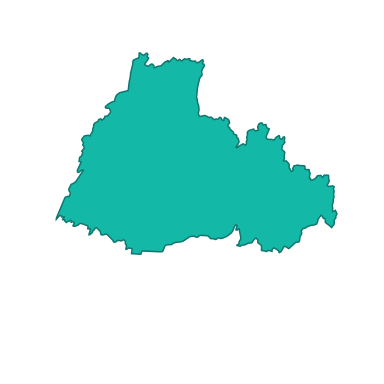 Kemerovo, Natural Earth projection, rotated 310°
{"feature_id": "RUS-2401", "entity_name": "Kemerovo", "entity_type": "Region", "adm_level": 1, "iso_a3": "RUS", "parent_name": "Russia", "parent_adm1": "", "projection": "natural_earth1", "projection_center": [87.523, 54.5], "detail": "fine", "context": "isolated", "style": "filled", "palette": "teal", "viewbox_px": 384, "rotation_deg": 310, "n_neighbors": 0, "source": "natural_earth", "source_scale": "10m", "svg_char_len": 6010}
<svg xmlns="http://www.w3.org/2000/svg" viewBox="0 0 384 384"><g transform="rotate(310 192 192)"><path d="M260.6,64.9L261.3,64.7L264.4,62.2L265.1,62.6L265.1,64.5L265.6,67.2L268.6,67.7L269.1,67.9L269.4,68.4L269.1,69.7L267.4,70.3L266.8,70.7L266.8,72.3L266.4,72.9L259.9,73.5L259.4,73.8L259.3,75.8L260.1,77.6L263.8,78.5L264.5,79.6L264.3,81.7L262.9,82.9L263.2,83.6L265.7,84.6L268.7,87.1L274.7,87.8L275.5,88.5L277.0,88.9L277.2,89.4L276.4,90.1L276.3,90.6L276.6,90.8L283.1,91.4L283.2,91.6L283.0,92.8L283.5,94.1L283.0,95.7L283.1,96.4L285.6,97.2L285.8,97.7L285.5,99.0L285.8,99.9L286.4,100.2L288.0,100.2L289.2,100.6L289.5,100.9L290.1,102.6L291.9,103.6L292.4,104.2L292.6,105.0L291.2,105.6L293.1,109.2L294.4,110.1L294.4,110.8L294.0,112.1L294.2,112.7L295.7,113.8L299.9,114.9L300.1,115.6L299.4,116.7L297.3,117.2L297.0,118.0L297.6,118.9L296.8,120.4L292.7,121.0L291.2,121.6L290.2,122.2L288.2,124.4L287.4,124.7L284.9,124.6L283.6,125.0L275.7,129.0L267.3,134.7L266.4,136.4L264.3,138.5L262.2,141.8L259.6,144.5L256.2,146.4L255.0,148.2L255.0,149.2L255.6,150.0L258.8,152.6L259.5,154.5L259.8,156.6L261.7,158.7L261.7,162.4L262.1,162.9L263.4,163.4L264.0,164.6L264.7,165.2L266.9,165.2L267.3,165.8L267.4,166.7L266.6,168.7L266.8,170.0L267.5,170.3L269.2,169.2L270.2,169.2L270.8,172.6L270.6,174.2L269.1,176.4L266.3,176.5L265.3,177.4L265.5,179.4L264.6,180.2L264.5,185.1L263.2,186.8L264.3,189.6L262.6,191.3L262.6,193.2L261.7,194.2L261.1,195.4L260.6,195.8L257.9,196.6L254.9,196.9L254.4,197.1L254.5,197.4L255.2,197.9L261.5,200.0L261.9,200.5L262.2,202.8L262.9,203.0L264.3,202.4L265.7,201.1L267.2,200.9L268.1,200.1L268.6,199.0L271.7,197.6L272.7,196.3L274.7,195.8L275.9,196.2L279.8,198.7L279.4,201.2L281.7,202.8L282.3,202.9L283.6,201.0L284.4,200.3L287.5,199.5L289.1,200.3L289.9,201.4L289.3,202.9L289.2,203.6L291.2,205.1L289.3,208.1L290.0,210.7L282.4,213.0L281.1,214.4L280.8,215.4L281.4,216.6L283.7,219.5L284.5,221.5L288.0,221.3L291.0,222.3L291.2,222.8L289.5,224.9L289.6,226.2L290.3,226.8L292.8,226.6L293.6,227.4L293.1,228.2L290.5,229.9L289.6,231.3L285.8,231.3L283.1,232.8L282.6,233.4L282.3,234.1L282.3,236.9L282.0,237.6L278.0,240.0L277.1,241.4L275.6,241.6L274.7,242.0L274.7,242.5L276.4,244.2L275.9,248.1L275.1,249.3L272.9,250.8L272.6,252.8L271.5,254.5L271.7,255.1L273.5,255.5L274.0,255.2L274.5,254.2L277.3,253.3L280.6,255.6L281.0,256.9L284.2,261.0L284.3,261.7L284.0,262.2L282.3,263.8L282.2,264.2L282.3,264.6L284.2,267.1L284.2,267.7L283.0,268.8L282.3,270.5L280.8,271.2L278.0,273.2L277.9,273.4L278.4,274.1L277.5,275.7L277.9,276.2L281.5,277.8L284.9,277.6L287.4,279.8L287.5,280.6L287.0,282.5L287.5,282.8L289.5,282.4L290.1,282.6L292.5,285.7L292.4,286.0L290.0,288.2L288.5,290.2L284.6,291.1L284.0,291.5L283.9,292.6L284.1,293.1L287.1,295.8L287.5,297.1L287.3,297.6L285.4,298.3L283.6,300.7L281.2,301.9L279.8,303.8L277.5,304.8L276.0,306.1L271.4,308.4L270.3,310.0L267.6,311.9L267.4,312.3L267.9,312.8L270.1,313.6L268.4,317.1L266.0,317.6L264.8,318.8L263.1,318.8L261.9,319.1L260.7,319.9L259.6,321.1L258.5,321.6L254.5,321.8L254.7,320.2L254.4,313.9L257.0,311.2L257.0,310.6L256.3,309.7L257.2,306.7L257.1,305.9L256.8,305.7L252.3,306.1L249.2,307.6L247.5,308.0L245.0,306.6L243.3,304.9L240.8,303.3L239.0,302.4L237.7,302.2L235.0,300.4L232.5,300.7L230.8,302.7L226.7,303.7L223.9,305.7L222.3,305.9L220.7,304.3L219.9,303.8L211.0,302.6L210.7,302.1L210.7,300.9L210.2,298.4L209.8,297.8L209.1,297.6L203.8,298.5L201.8,298.0L201.7,297.4L202.7,296.1L202.7,295.5L202.1,291.5L201.8,290.8L201.2,290.5L199.3,290.4L198.0,291.4L196.4,288.2L194.6,287.4L193.9,286.9L193.6,285.5L192.0,283.1L192.0,282.7L195.5,279.8L195.7,279.1L195.5,275.0L197.6,273.2L197.9,270.8L197.3,270.4L195.2,270.1L192.0,270.5L191.3,270.3L189.2,268.2L185.0,266.2L183.9,264.7L181.4,263.8L180.0,261.0L180.0,260.7L180.7,260.6L182.4,261.3L183.3,260.8L183.9,260.1L186.9,259.7L188.8,258.3L194.1,251.7L193.7,251.3L191.8,251.0L191.2,250.0L191.7,249.6L195.2,248.3L195.4,247.8L194.8,246.5L192.8,246.8L188.0,248.3L185.8,248.4L180.4,247.2L175.8,244.8L174.8,243.8L174.1,242.2L173.4,241.3L171.4,241.0L170.8,240.6L170.0,238.5L168.2,236.1L168.7,232.9L167.8,231.0L163.8,225.9L162.9,225.6L161.7,225.6L160.7,225.0L160.1,224.1L159.4,221.8L157.2,219.7L156.3,219.0L148.7,216.8L146.7,215.5L143.0,212.0L140.8,210.6L138.5,210.1L135.5,206.8L134.0,206.0L132.9,206.1L128.1,207.6L127.3,207.6L125.6,205.9L114.9,191.9L114.2,191.8L111.4,192.8L105.9,185.3L109.5,183.0L110.0,182.1L108.2,179.3L106.1,178.8L105.6,178.3L105.7,178.0L108.7,176.5L109.6,174.2L111.3,172.6L111.5,171.8L111.6,170.7L111.0,170.1L109.2,169.4L107.2,166.2L104.4,165.5L103.3,164.2L104.1,162.4L104.3,161.0L104.9,154.2L104.7,153.5L101.2,150.7L100.9,149.7L102.8,147.0L103.3,141.8L101.9,141.0L100.1,141.5L98.6,141.0L97.1,141.7L96.4,141.7L93.9,141.2L93.0,140.7L93.3,140.3L98.4,138.1L98.5,137.5L97.2,136.5L96.8,135.7L98.5,134.8L98.9,134.3L98.9,133.4L97.2,128.6L96.0,126.3L93.5,126.0L90.7,124.5L89.6,123.3L89.6,122.6L92.6,121.5L93.1,120.8L92.7,119.8L91.2,119.0L91.1,118.7L92.3,118.1L92.4,117.5L92.1,116.8L90.5,116.6L89.2,115.6L87.8,115.3L88.0,113.3L88.8,112.1L88.7,111.7L87.7,110.9L87.7,110.5L90.7,110.1L89.1,108.3L89.1,107.9L89.8,107.1L89.6,106.6L88.9,105.7L83.9,105.6L84.8,104.9L104.7,98.7L106.6,98.3L108.9,99.7L109.3,100.8L112.5,99.9L113.3,99.2L113.8,97.3L114.9,95.8L120.2,94.5L122.9,95.8L125.5,96.3L138.8,94.8L138.6,94.0L137.8,93.5L134.1,92.5L133.7,92.0L133.7,91.5L134.4,90.7L135.3,90.1L143.6,87.9L143.7,87.4L142.8,85.9L146.0,83.8L146.7,83.7L148.3,84.2L149.1,84.1L151.8,83.0L152.2,82.4L152.4,81.3L155.9,81.2L156.8,80.9L157.3,80.2L157.8,78.0L159.8,77.4L161.0,74.2L161.6,73.6L165.7,73.5L168.4,75.7L168.9,76.3L169.3,77.8L175.1,76.7L176.4,75.5L178.9,74.6L180.2,73.5L182.0,73.1L185.8,74.6L187.3,74.0L188.1,74.2L189.5,75.2L188.9,76.5L189.4,77.0L192.0,77.4L193.8,76.6L196.3,78.5L200.6,78.3L201.4,77.8L202.5,75.9L202.7,74.9L202.7,74.2L201.2,72.7L201.0,72.0L201.4,70.9L202.2,70.8L205.8,71.4L209.3,72.7L211.5,74.2L216.6,72.1L218.6,72.0L221.6,72.8L228.7,77.9L236.2,73.0L239.9,71.1L243.9,68.4L251.6,64.6L254.5,62.5L255.6,62.4L260.6,64.9Z" fill="#14b8a6" stroke="#0f766e" stroke-width="1.5"/></g></svg>